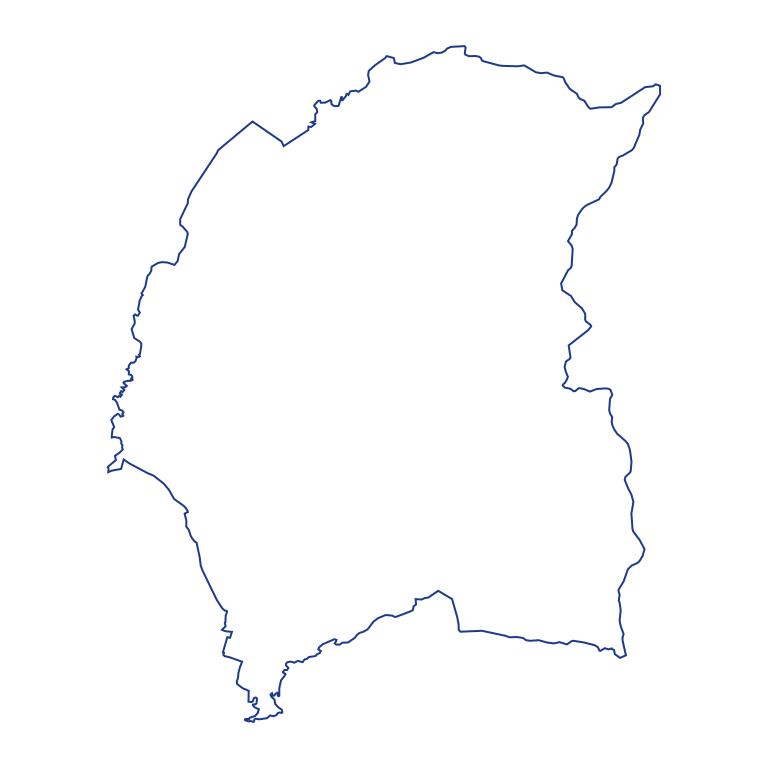 Salcia, Prahova, Romania (Robinson projection)
{"feature_id": "2599482B25993621139303", "entity_name": "Salcia", "entity_type": "district", "adm_level": 2, "iso_a3": "ROU", "parent_name": "Romania", "parent_adm1": "Prahova", "projection": "robinson", "projection_center": [26.322, 45.187], "detail": "fine", "context": "isolated", "style": "outline", "palette": "blue", "viewbox_px": 768, "rotation_deg": 0, "n_neighbors": 0, "source": "geoboundaries", "source_scale": "gbopen_adm2", "svg_char_len": 6070}
<svg xmlns="http://www.w3.org/2000/svg" viewBox="0 0 768 768"><path d="M623.6,634.0L620.8,626.5L619.6,620.8L620.7,610.2L619.6,602.7L618.8,600.4L619.6,594.8L618.5,590.9L618.7,589.4L623.5,581.7L627.9,569.3L631.6,565.6L637.6,562.9L639.7,560.8L642.7,555.7L644.5,549.1L639.6,539.9L633.3,531.6L632.5,528.9L631.4,513.7L633.4,501.8L631.3,494.3L628.4,488.9L624.7,479.9L625.4,476.9L630.1,472.5L630.7,471.0L631.5,462.0L630.4,453.1L629.6,448.8L627.7,443.7L625.3,440.9L617.1,433.7L614.3,429.5L612.4,425.4L611.7,422.0L612.2,417.3L609.9,413.2L609.2,410.1L610.0,398.8L612.3,395.0L610.5,389.9L608.3,388.7L605.3,388.4L596.8,389.0L589.9,391.6L583.9,389.0L578.9,388.1L575.3,391.0L573.8,391.3L570.3,388.7L564.8,387.6L562.8,385.6L563.2,384.2L564.8,383.0L566.6,380.1L567.9,376.8L565.8,371.6L564.6,366.7L566.0,361.5L569.7,358.9L570.5,357.6L568.7,345.4L588.2,330.1L591.2,326.3L590.4,324.8L585.8,321.3L585.1,319.2L585.3,315.0L584.8,313.1L582.0,308.4L574.7,302.1L571.0,296.0L562.4,290.3L561.1,283.5L568.0,270.4L570.7,268.0L571.6,266.2L572.7,249.0L571.7,245.6L568.0,241.1L571.9,234.2L572.0,230.8L574.6,228.0L576.6,224.6L576.9,218.9L578.0,215.1L582.0,209.2L584.5,206.7L587.1,204.9L599.1,199.3L600.4,196.8L606.3,191.2L609.2,187.6L611.5,182.8L614.4,170.6L614.3,167.3L616.6,164.6L617.7,158.4L619.2,156.9L623.1,155.4L631.7,150.3L633.8,147.9L639.4,134.7L640.2,129.7L643.2,123.6L642.9,117.8L644.4,115.2L649.0,112.0L660.1,94.3L660.0,85.8L655.6,84.3L653.0,86.3L645.2,87.1L621.3,102.7L615.9,104.0L611.5,107.2L599.3,107.4L590.4,108.8L588.2,106.8L584.3,100.7L580.0,98.9L578.6,97.5L576.9,93.8L569.7,88.8L565.2,82.1L563.8,78.4L562.5,77.1L554.3,75.6L547.1,72.6L541.2,73.2L535.9,72.3L524.2,65.4L517.7,66.3L503.5,65.9L499.4,65.5L483.6,61.3L482.0,60.6L480.9,58.0L478.9,56.6L475.5,56.0L469.0,56.2L465.3,54.6L464.8,53.2L465.6,47.5L464.6,46.1L450.9,46.9L447.2,48.5L445.0,50.9L441.7,52.6L438.1,53.2L433.5,52.2L423.9,57.6L410.9,62.5L400.7,64.2L394.9,63.0L393.7,58.0L386.7,56.1L385.1,58.1L375.5,64.9L368.8,70.8L368.1,74.9L369.5,81.6L366.0,86.9L358.3,91.8L355.9,90.6L350.2,91.3L348.5,94.9L347.3,93.9L346.4,94.1L346.0,95.9L342.5,100.3L341.9,100.1L341.9,97.2L341.3,97.1L338.5,105.9L335.7,106.2L333.0,105.5L331.4,103.8L331.4,101.4L330.5,100.1L325.2,102.6L320.8,102.7L320.1,100.8L318.3,100.8L314.3,105.2L314.2,106.0L316.7,109.0L317.2,112.2L315.2,114.3L315.3,121.1L311.5,122.3L315.0,123.9L311.1,127.0L308.4,126.6L308.3,130.0L283.7,146.1L281.5,141.5L252.5,121.5L218.1,150.2L216.7,153.4L191.5,191.4L188.0,199.3L187.8,203.2L180.2,219.1L180.2,224.8L182.8,226.8L187.2,231.9L187.8,233.7L184.8,246.9L179.2,253.9L177.6,261.1L174.5,264.9L167.7,262.6L162.5,262.1L158.1,262.9L152.1,266.4L151.5,267.3L151.3,270.6L149.4,274.0L147.4,276.2L145.3,286.7L141.5,293.6L142.8,295.1L141.5,296.3L139.7,300.6L138.0,309.7L139.8,312.5L138.0,315.6L137.1,315.7L135.2,314.4L133.6,315.7L134.7,320.8L134.7,323.5L131.6,329.1L134.3,338.1L139.7,341.5L141.3,343.4L141.2,346.8L139.9,354.0L139.0,354.7L139.9,356.4L139.1,356.9L136.4,356.7L136.8,357.6L135.5,361.0L133.9,362.7L130.9,362.7L128.9,365.5L128.7,368.2L126.6,369.3L129.0,371.3L128.8,374.4L130.9,374.8L132.2,376.2L132.3,377.1L131.2,378.8L132.4,379.0L132.6,379.9L130.5,380.9L127.8,380.8L124.0,381.9L123.5,382.6L123.8,383.3L126.8,385.9L125.0,387.3L121.8,387.4L124.3,390.0L122.6,392.0L121.1,391.2L120.6,391.8L119.8,393.6L121.9,394.6L120.5,396.7L119.2,395.9L117.9,397.2L114.9,395.8L113.3,397.3L113.0,399.2L115.0,399.9L116.9,402.7L119.5,409.7L121.9,410.4L123.6,412.2L122.3,414.0L123.3,415.7L122.9,416.1L120.5,416.6L119.4,414.8L117.7,413.8L114.1,416.4L111.3,420.0L114.2,427.1L112.5,429.7L111.7,436.8L111.8,437.6L114.0,437.0L119.8,438.0L121.4,441.3L121.2,443.4L122.4,445.1L122.1,447.7L122.8,449.4L119.9,452.4L115.0,455.8L115.9,460.1L108.1,466.6L107.9,467.4L108.5,468.4L108.3,472.2L111.6,470.7L121.1,468.9L123.7,459.5L129.5,463.5L148.1,473.4L153.4,475.5L163.8,483.7L169.0,489.9L174.1,499.0L182.7,505.1L185.3,507.4L187.3,510.4L187.9,512.0L184.6,513.6L186.4,521.0L186.2,526.5L188.8,529.9L190.7,535.8L192.0,538.0L194.3,541.2L196.6,542.6L199.8,557.9L200.7,565.6L202.5,570.4L216.8,600.0L222.4,608.5L224.9,610.6L226.6,610.8L227.1,611.7L225.7,615.7L225.4,622.2L224.8,622.9L225.6,626.2L222.0,629.8L224.9,631.1L231.9,631.9L230.0,637.8L227.3,637.2L222.9,652.4L224.0,652.8L223.4,654.9L224.7,656.2L229.1,657.1L242.1,661.7L239.9,667.3L238.4,673.1L238.1,677.5L236.8,681.5L237.1,684.0L242.5,688.1L248.7,690.8L248.5,701.7L251.5,702.1L252.8,701.3L253.8,698.3L254.7,697.6L256.2,697.7L257.0,698.7L256.5,703.3L255.6,704.2L253.0,704.5L252.8,705.1L254.6,707.3L258.8,709.2L257.9,712.7L255.1,716.0L249.7,717.7L249.1,719.1L245.8,718.9L245.0,719.4L245.2,720.3L249.2,721.5L250.2,720.9L253.4,721.9L254.0,721.5L254.4,719.4L255.5,718.7L259.4,719.3L266.9,718.2L270.3,715.4L273.3,716.2L276.3,715.2L277.7,713.2L279.6,712.5L281.7,712.9L282.4,712.1L281.7,709.6L278.7,707.6L275.2,704.0L274.5,699.6L271.6,697.0L270.5,694.6L272.0,693.2L272.9,695.7L274.3,695.6L275.4,693.9L277.4,692.7L277.9,693.4L277.8,695.6L278.6,696.2L279.3,695.8L279.3,688.1L281.0,680.4L285.4,674.7L285.3,673.8L283.0,672.5L283.1,671.8L284.3,670.1L287.1,670.0L288.4,667.9L286.0,665.5L286.1,663.7L287.1,662.3L290.8,661.6L294.3,662.7L297.8,660.9L302.6,662.2L304.7,659.3L306.8,659.0L308.7,657.1L315.5,656.0L316.8,654.5L319.7,653.0L320.9,651.1L318.3,649.4L319.2,647.2L323.0,644.1L334.5,639.2L336.4,639.8L336.2,641.1L334.7,643.3L336.2,644.6L339.7,644.6L342.4,642.7L348.0,642.5L354.9,637.8L356.9,634.9L359.6,632.9L363.0,631.9L367.6,629.4L373.5,621.6L378.0,618.2L385.7,615.0L392.3,615.6L394.3,616.8L395.9,616.9L409.9,611.6L412.9,610.1L413.6,606.3L416.0,604.5L415.6,599.1L421.8,599.5L424.9,598.0L428.2,597.6L438.2,590.8L452.1,599.1L457.3,617.4L458.6,624.4L458.7,629.8L460.4,631.7L482.0,630.8L505.5,635.8L509.5,637.3L516.8,637.0L523.1,638.0L526.1,640.2L530.1,640.8L538.6,640.2L547.4,642.6L554.2,643.4L559.5,642.1L566.9,644.4L571.5,641.2L573.5,640.8L584.0,642.5L594.7,645.2L597.9,647.2L599.5,650.7L600.3,650.9L604.8,648.2L608.4,649.4L611.6,648.4L611.9,649.2L614.1,649.9L614.8,654.1L620.1,657.9L625.9,655.3L622.6,640.6L622.5,637.8L623.6,634.0Z" fill="none" stroke="#1e3a8a" stroke-width="2"/></svg>